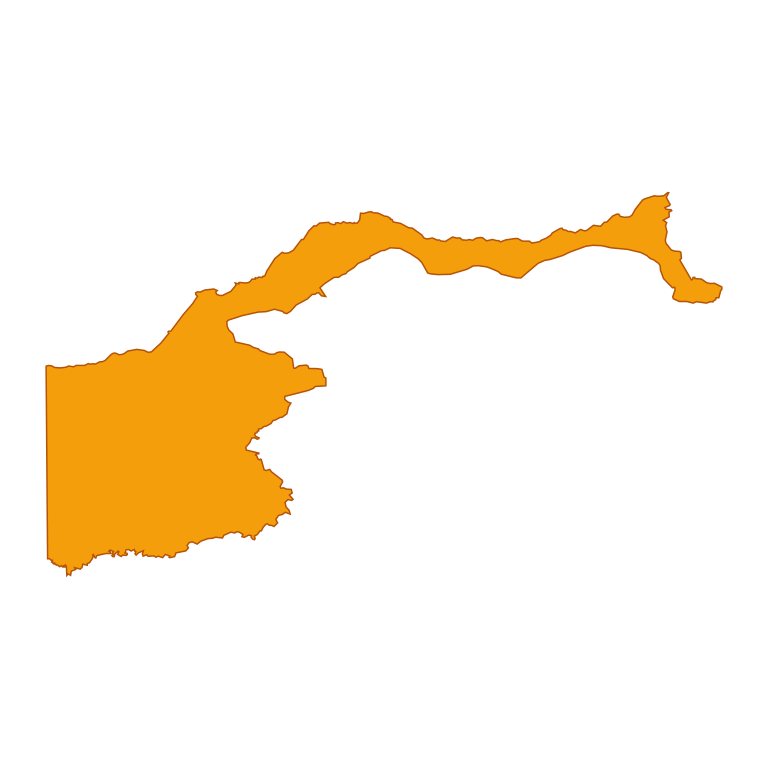 Nyasa, Ruvuma, United Republic of Tanzania (Equal Earth projection), rotated 90°
{"feature_id": "72390352B51604936414420", "entity_name": "Nyasa", "entity_type": "district", "adm_level": 2, "iso_a3": "TZA", "parent_name": "United Republic of Tanzania", "parent_adm1": "Ruvuma", "projection": "equal_earth", "projection_center": [34.941, -11.007], "detail": "fine", "context": "isolated", "style": "filled", "palette": "amber", "viewbox_px": 768, "rotation_deg": 90, "n_neighbors": 0, "source": "geoboundaries", "source_scale": "gbopen_adm2", "svg_char_len": 6129}
<svg xmlns="http://www.w3.org/2000/svg" viewBox="0 0 768 768"><g transform="rotate(90 384 384)"><path d="M197.5,101.7L192.7,99.3L192.6,100.2L195.8,104.3L196.3,109.9L195.8,113.8L199.1,123.9L200.2,125.6L209.4,132.8L214.9,135.8L216.9,138.4L217.3,143.7L216.4,147.7L214.1,149.3L214.2,151.3L216.0,155.3L222.0,161.1L222.4,163.9L226.3,167.4L225.3,174.5L230.4,181.2L230.9,183.6L229.5,187.4L232.9,192.7L231.4,197.6L231.5,199.9L230.3,201.7L229.7,205.0L228.3,205.8L228.4,207.7L232.9,215.7L235.1,217.1L238.2,221.8L240.4,227.1L241.7,228.4L242.9,235.1L242.9,236.5L241.2,238.5L241.1,245.6L238.6,250.2L238.5,252.8L239.9,262.2L241.9,267.5L240.6,269.3L240.6,271.5L239.5,275.5L240.8,281.5L237.8,285.4L237.5,287.5L238.1,291.7L240.3,295.4L239.5,298.8L240.2,301.0L239.9,305.8L237.9,308.0L238.1,311.2L237.0,315.4L241.4,322.6L241.0,327.1L240.0,328.5L240.0,331.0L238.0,335.6L239.0,340.9L238.1,343.9L234.9,346.3L228.2,355.5L227.7,359.5L223.4,367.4L222.0,374.7L219.5,376.0L219.3,377.6L218.4,377.6L216.5,380.6L216.1,383.5L213.0,390.3L212.8,394.9L211.8,396.4L212.0,399.5L213.4,403.9L213.2,407.5L219.8,408.3L223.0,410.5L223.2,413.4L222.6,413.8L223.5,415.2L222.5,418.2L223.2,420.9L221.7,424.7L223.6,427.3L222.7,429.9L222.9,432.5L224.3,432.6L224.8,434.2L223.5,438.2L222.3,439.2L223.1,448.5L225.9,451.7L225.9,454.2L230.9,459.2L239.5,464.6L239.5,466.5L250.3,474.7L252.9,479.5L253.3,483.4L252.3,485.8L258.6,493.2L270.9,501.1L275.8,503.1L276.4,505.2L277.4,505.6L277.1,509.4L278.3,511.1L277.7,512.7L279.2,512.9L279.1,516.0L281.6,517.9L282.7,520.0L283.0,522.7L282.4,528.4L282.8,529.2L283.9,529.1L283.0,532.8L285.0,531.9L291.4,537.2L295.5,545.6L295.4,548.6L294.3,551.3L292.1,552.3L290.5,550.7L289.0,554.2L290.0,563.1L292.1,567.9L291.8,570.4L292.8,572.4L294.5,572.2L296.3,570.5L303.7,575.4L314.4,584.6L331.1,597.1L331.3,599.7L332.5,599.9L333.3,599.1L343.2,607.2L351.9,616.6L352.3,619.9L350.4,623.9L349.4,631.3L351.1,640.4L353.9,644.3L354.6,647.1L354.7,649.1L353.2,652.2L353.1,654.4L354.3,656.7L360.4,662.8L361.6,665.3L361.9,668.4L364.1,672.6L363.7,675.0L364.2,677.7L363.6,679.7L365.4,683.3L365.4,691.9L366.8,694.3L366.0,699.4L367.2,701.9L367.9,707.6L367.5,713.3L365.8,716.5L365.5,719.5L366.2,721.9L558.8,720.4L558.7,718.5L560.2,716.9L560.3,715.6L562.0,716.3L561.9,715.5L563.3,715.0L563.1,713.6L564.1,713.8L564.0,712.4L565.0,711.9L565.1,710.4L566.7,708.3L565.7,706.7L566.9,705.6L567.0,703.8L565.7,704.5L565.1,702.4L566.7,702.5L566.5,701.6L575.4,701.2L573.9,700.0L575.3,697.4L571.2,696.7L569.4,692.3L567.7,693.3L569.1,687.7L567.4,686.0L564.2,685.2L565.2,680.7L563.5,680.7L562.8,678.6L558.9,675.8L556.5,674.9L554.9,675.4L554.5,674.6L557.6,673.2L558.0,672.2L555.8,671.4L555.4,670.5L553.5,662.1L553.5,657.2L552.1,657.5L551.2,659.1L550.1,657.9L551.5,654.5L553.3,655.6L554.3,654.7L555.6,656.2L556.7,655.0L556.6,653.7L554.1,653.3L551.1,649.9L551.8,649.1L554.4,650.4L556.5,646.9L555.1,645.2L555.4,641.6L554.5,640.7L553.3,640.9L552.9,643.6L552.6,642.8L549.9,641.9L549.5,639.6L551.0,636.9L549.5,633.7L551.1,633.3L551.7,632.1L553.8,633.0L555.1,631.9L552.9,629.6L550.7,624.6L554.0,625.6L556.1,624.9L554.8,621.2L556.3,619.9L555.9,614.1L557.2,612.1L556.2,609.6L557.6,605.3L554.5,602.7L555.9,598.3L557.3,598.9L557.7,598.2L556.6,593.4L552.9,592.0L550.9,582.2L547.9,579.6L545.5,580.9L542.7,578.9L541.8,575.8L544.1,570.8L541.3,567.4L538.7,560.4L538.2,555.1L537.2,552.5L538.0,545.5L535.3,544.2L532.1,537.0L533.0,533.3L531.7,531.0L532.2,528.6L534.5,525.0L536.7,526.1L537.3,523.6L535.3,519.7L535.2,518.2L535.7,516.7L537.2,516.9L539.3,515.1L539.7,513.5L538.7,512.9L536.0,513.6L534.7,510.9L530.9,508.0L530.8,506.6L527.4,504.9L524.2,502.1L523.9,500.5L525.3,498.7L525.4,496.3L526.5,494.0L522.9,490.4L519.4,492.2L515.4,489.4L514.4,485.5L512.3,482.8L514.1,477.8L510.3,478.9L507.0,481.9L502.4,483.0L499.6,480.1L500.4,476.2L499.3,474.9L495.0,478.7L493.0,475.8L489.4,476.8L489.1,481.7L487.8,484.5L488.2,487.2L486.6,487.9L481.8,485.3L480.2,485.8L471.8,496.6L469.4,498.3L470.5,501.7L470.0,503.8L459.4,506.8L459.1,507.4L459.8,508.3L459.1,510.0L455.4,511.5L454.9,512.6L453.9,511.8L453.8,509.2L453.1,509.1L450.1,521.6L447.2,522.2L442.7,518.3L438.1,516.3L437.8,513.3L439.2,510.8L438.6,509.2L437.9,508.9L436.4,512.2L434.5,513.3L433.4,513.1L432.6,511.0L431.3,510.8L430.9,509.2L429.1,509.5L428.6,506.6L426.6,504.3L426.0,501.6L423.5,497.0L420.6,495.1L420.0,492.7L417.4,487.9L417.4,486.1L413.8,481.1L406.8,479.5L403.1,477.1L402.1,480.0L399.5,483.2L396.4,483.2L390.3,459.3L388.4,454.7L386.5,452.8L385.8,442.1L378.1,442.1L376.9,444.0L369.4,446.1L368.6,450.9L368.5,459.1L365.9,460.1L365.1,461.8L365.8,469.0L368.3,472.8L368.1,474.3L358.9,475.6L352.2,483.8L352.0,488.4L352.6,491.1L354.2,493.5L354.2,498.4L350.6,507.9L348.9,509.6L347.5,514.5L345.2,518.4L342.0,532.7L333.9,535.1L330.2,539.0L326.6,540.8L321.6,541.2L320.0,539.3L315.6,525.7L312.1,509.9L311.6,501.5L309.2,493.6L311.4,485.4L312.8,484.1L313.6,481.2L311.3,477.5L305.0,471.8L298.8,460.4L294.4,455.9L294.3,453.1L292.9,451.0L292.7,449.4L295.8,446.5L296.5,442.3L287.8,448.1L283.9,443.8L277.4,434.0L277.2,429.2L274.9,426.1L273.6,422.1L271.6,420.5L267.6,414.1L263.4,409.9L258.1,398.1L256.3,397.9L250.7,386.6L250.4,383.5L247.8,377.8L248.4,367.9L253.5,357.9L258.7,350.0L262.6,346.1L273.0,340.3L273.9,337.3L274.6,330.1L274.3,317.8L269.3,301.1L265.9,294.7L265.7,289.7L266.9,281.2L268.7,276.4L271.5,270.0L274.2,266.7L277.8,252.1L277.9,247.1L263.3,229.9L260.4,223.3L259.4,217.7L255.6,205.5L252.0,198.0L246.3,182.3L245.3,175.2L245.7,166.1L247.8,157.0L249.4,140.2L252.5,127.2L255.5,121.2L258.5,117.8L259.8,114.4L263.4,109.4L265.6,107.9L270.2,107.5L278.5,104.5L287.8,95.5L287.3,93.3L289.8,92.9L296.9,95.3L298.8,94.6L301.5,88.6L301.5,81.2L303.1,74.8L301.7,71.6L303.1,61.6L301.7,57.5L301.9,55.0L301.1,54.8L299.6,52.3L297.7,51.9L297.8,49.2L291.0,47.4L289.1,46.1L286.9,46.2L283.3,53.5L283.5,57.4L282.8,61.2L279.1,66.5L278.6,72.9L277.3,73.3L277.5,75.0L279.4,75.5L279.9,76.6L260.0,88.2L258.4,86.6L252.4,87.1L251.5,88.3L251.1,93.3L250.0,96.7L243.2,102.1L240.0,102.7L231.9,101.0L225.9,102.5L222.6,101.3L220.2,104.8L216.8,98.8L212.0,99.0L210.7,96.3L209.8,96.9L209.2,102.1L207.5,103.1L205.7,98.6L204.6,97.8L197.5,101.7Z" fill="#f59e0b" stroke="#b45309" stroke-width="1.5"/></g></svg>